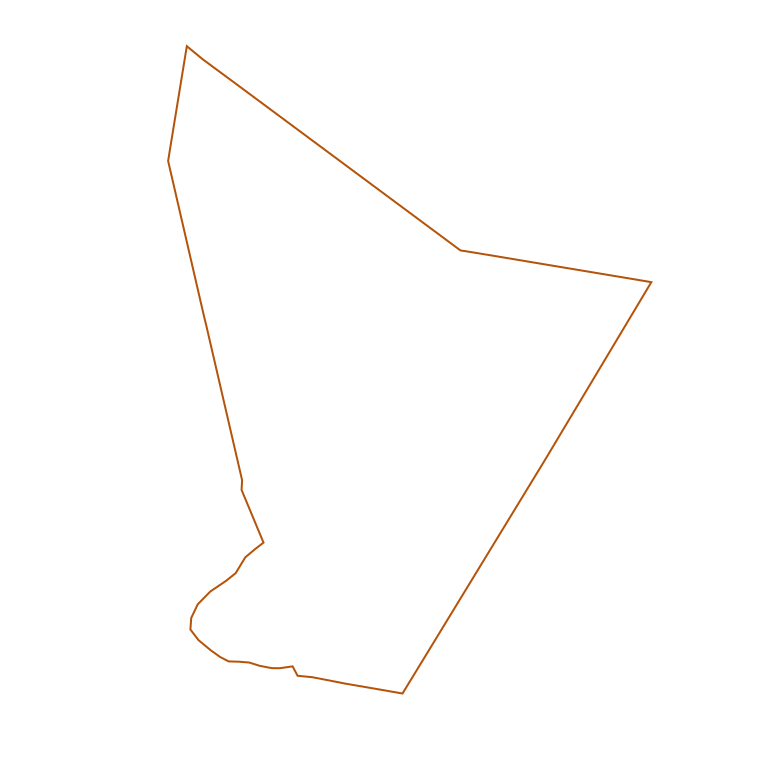 outline of Francinópolis, Piauí, Brazil, rotated 99°
{"feature_id": "56859067B56401376312318", "entity_name": "Francinópolis", "entity_type": "district", "adm_level": 2, "iso_a3": "BRA", "parent_name": "Brazil", "parent_adm1": "Piauí", "projection": "orthographic", "projection_center": [-42.191, -6.417], "detail": "fine", "context": "isolated", "style": "outline", "palette": "amber", "viewbox_px": 768, "rotation_deg": 99, "n_neighbors": 0, "source": "geoboundaries", "source_scale": "gbopen_adm2", "svg_char_len": 619}
<svg xmlns="http://www.w3.org/2000/svg" viewBox="0 0 768 768"><g transform="rotate(99 384 384)"><path d="M187.7,632.1L197.5,632.1L345.2,572.4L353.0,569.1L501.2,509.1L510.9,508.1L559.5,478.2L567.1,485.4L576.9,493.9L594.0,500.9L603.0,509.1L616.1,523.1L630.7,533.5L645.2,537.8L656.8,536.8L666.1,527.0L674.2,513.3L679.3,503.1L682.3,494.1L681.0,484.0L680.2,473.5L681.8,462.7L682.2,450.3L681.0,442.4L677.2,430.1L685.7,423.7L684.8,409.0L686.0,374.8L686.5,337.9L686.8,317.3L433.8,213.1L241.6,135.9L240.1,317.3L240.1,329.4L112.2,574.3L91.8,613.6L81.2,631.6L187.7,632.1Z" fill="none" stroke="#b45309" stroke-width="2"/></g></svg>